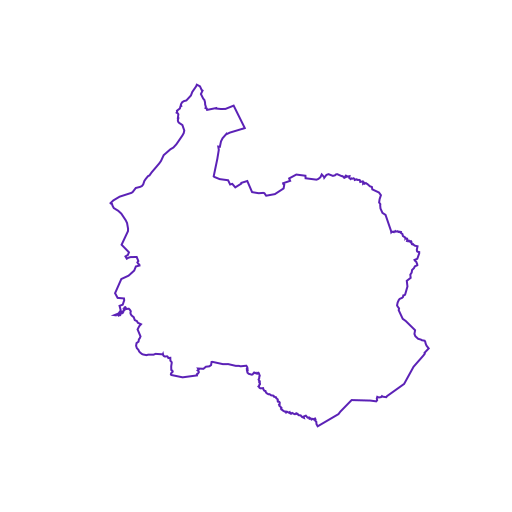 outline of Kalsnavas pag., Madona, Latvia, rotated 158°
{"feature_id": "27541924B10280579441217", "entity_name": "Kalsnavas pag.", "entity_type": "district", "adm_level": 2, "iso_a3": "LVA", "parent_name": "Latvia", "parent_adm1": "Madona", "projection": "orthographic", "projection_center": [25.941, 56.721], "detail": "fine", "context": "isolated", "style": "outline", "palette": "violet", "viewbox_px": 512, "rotation_deg": 158, "n_neighbors": 0, "source": "geoboundaries", "source_scale": "gbopen_adm2", "svg_char_len": 6112}
<svg xmlns="http://www.w3.org/2000/svg" viewBox="0 0 512 512"><g transform="rotate(158 256 256)"><path d="M125.8,281.1L126.5,281.8L126.8,282.5L128.3,282.4L128.3,283.2L129.6,282.9L128.9,284.7L129.0,285.2L131.6,285.6L131.3,287.3L131.6,287.8L133.6,288.6L133.9,289.4L135.9,289.5L135.7,290.3L136.4,291.5L137.5,291.5L138.4,292.2L139.4,291.8L140.3,293.5L139.4,295.0L141.7,295.4L141.9,296.2L142.6,296.9L143.7,296.2L143.5,295.5L144.9,295.4L145.8,297.6L146.6,297.9L150.0,301.4L151.2,301.7L152.6,301.2L154.7,301.5L158.1,304.7L160.3,304.8L163.4,303.0L163.3,303.7L164.5,307.0L166.8,304.9L169.3,304.1L171.3,304.1L180.9,309.5L180.1,311.9L188.1,316.4L196.2,315.5L196.2,312.9L203.6,313.3L203.7,312.3L203.1,311.5L205.1,308.3L215.3,306.3L224.0,308.1L224.7,311.1L225.6,311.8L230.0,313.2L235.7,316.7L236.0,328.8L242.2,329.3L242.6,328.6L249.5,327.4L251.0,331.8L253.2,332.0L253.5,336.7L260.9,340.9L265.0,344.9L265.4,345.7L255.5,360.5L250.7,368.4L250.0,371.6L248.6,370.8L245.5,375.4L242.9,377.7L237.7,380.3L237.7,380.0L233.9,380.2L218.5,378.8L218.5,379.1L220.4,403.8L229.2,403.8L233.4,405.4L237.8,407.7L237.6,408.1L246.6,409.8L246.4,411.2L247.4,412.0L246.6,413.1L246.4,415.5L245.7,417.6L245.4,420.0L246.0,421.7L246.4,426.8L243.6,429.4L244.2,430.3L244.4,434.3L246.7,437.0L248.0,435.7L253.6,432.0L256.2,429.2L262.3,426.3L264.9,426.6L266.9,426.2L268.7,424.8L269.0,424.4L269.1,423.1L269.9,423.2L271.3,421.3L274.9,420.3L275.1,419.2L275.9,418.6L275.1,417.6L274.9,416.5L276.8,413.1L276.4,412.8L277.5,411.4L277.8,410.4L277.8,409.2L277.4,408.2L275.2,405.0L275.5,399.2L277.0,397.0L279.1,395.3L288.0,389.4L292.0,387.5L295.4,387.0L303.8,384.1L308.5,379.7L311.0,378.1L321.5,372.6L324.6,370.6L326.2,370.5L329.3,368.8L331.4,367.4L333.8,364.6L335.6,363.6L337.6,363.5L342.0,364.1L346.4,361.5L347.8,361.2L360.2,362.1L367.4,361.0L371.1,359.5L371.0,359.1L370.0,358.2L370.2,356.5L369.9,353.7L366.8,349.5L365.0,345.7L363.4,337.9L363.2,334.9L364.4,329.2L365.4,327.0L376.4,316.8L372.4,307.0L374.4,305.0L377.2,304.5L376.8,301.9L375.1,302.2L372.8,302.0L367.0,299.8L367.0,295.4L368.4,294.5L368.2,293.2L367.4,291.7L367.6,290.8L371.3,291.3L374.4,288.1L381.5,285.5L389.5,285.1L400.6,274.3L400.0,269.0L394.3,266.1L394.8,264.3L397.8,260.8L401.2,260.9L401.8,256.2L405.0,254.2L409.4,254.2L408.2,253.5L407.8,254.0L406.3,253.4L405.9,252.5L405.3,253.0L404.7,252.1L404.2,252.0L403.9,252.2L404.5,253.2L403.0,253.6L402.2,253.3L402.1,253.9L400.9,253.2L400.3,253.7L400.7,254.3L399.7,254.2L399.3,255.1L398.2,255.1L398.0,255.5L398.2,256.2L397.0,255.9L396.6,256.3L397.2,256.7L397.4,257.3L397.0,257.6L396.3,257.5L396.0,255.4L393.7,254.8L393.1,253.4L392.8,251.7L393.8,250.2L393.9,248.9L393.6,247.4L392.3,245.1L392.4,242.0L390.8,240.2L390.6,238.4L388.2,235.8L390.5,234.7L393.3,232.3L393.2,224.7L394.7,223.2L395.8,222.6L397.0,220.6L399.4,220.0L400.8,217.7L401.0,215.2L400.2,213.2L400.1,211.2L399.6,209.9L398.5,207.9L397.6,207.0L394.7,205.1L392.9,204.9L387.9,202.9L385.8,202.9L379.2,199.7L379.0,199.9L379.2,198.6L378.8,197.6L378.1,196.9L376.0,196.3L375.6,195.6L375.5,194.2L373.6,193.7L374.6,191.0L374.0,189.3L374.1,188.6L375.9,185.6L377.2,182.2L377.2,181.8L376.5,181.0L376.6,179.9L378.7,179.0L379.3,178.1L379.1,177.4L369.5,171.0L355.5,167.4L355.3,168.3L354.6,168.8L353.9,168.7L352.5,169.7L352.4,170.6L353.0,171.8L351.7,172.2L351.9,173.4L347.0,171.1L343.9,172.1L340.6,171.2L338.5,171.7L336.9,174.4L336.1,174.2L327.3,168.2L322.3,166.2L315.9,161.7L313.1,160.6L311.6,159.5L306.1,157.9L305.8,156.3L305.9,155.3L306.8,154.9L306.9,154.5L306.3,154.1L306.6,153.0L307.3,153.0L307.6,151.0L306.9,149.5L304.3,147.5L303.5,147.5L301.5,148.7L301.2,148.6L300.8,147.8L299.8,147.7L299.7,146.9L298.9,146.4L298.0,147.0L297.5,146.9L297.3,146.3L297.4,143.5L298.0,143.1L299.0,141.2L299.9,140.5L299.8,139.0L299.4,138.5L299.7,137.7L300.3,137.7L300.1,136.2L300.4,135.6L301.0,135.5L301.5,134.7L302.6,134.1L302.2,133.3L302.1,132.4L301.4,131.6L298.9,130.8L299.1,129.9L298.9,128.4L298.6,127.8L297.8,127.3L297.9,125.7L297.2,124.3L296.2,123.1L295.2,122.8L294.1,121.1L292.3,120.1L292.0,119.7L292.1,118.9L290.3,117.4L290.5,116.5L289.6,115.0L289.7,114.2L290.2,113.7L290.3,112.8L289.1,112.1L288.9,111.3L289.6,109.7L290.3,109.6L290.4,108.2L289.8,107.4L289.7,106.5L289.3,105.8L290.1,104.9L289.8,104.4L289.8,103.9L289.3,103.7L288.9,102.5L287.6,100.9L286.8,100.7L286.7,99.6L285.6,100.0L284.3,98.5L283.6,98.6L283.8,98.0L283.1,97.1L282.7,97.5L282.2,96.6L281.2,96.9L279.6,95.0L279.0,94.7L277.7,95.1L277.4,94.3L276.6,94.2L276.2,92.5L274.3,91.5L273.7,89.6L272.2,88.0L272.1,88.8L272.3,89.3L269.6,89.3L268.8,87.0L268.4,86.5L267.3,86.5L266.8,85.7L267.2,85.6L267.3,85.0L266.1,84.9L265.8,83.6L264.5,83.8L263.6,82.7L263.0,83.2L262.1,83.2L262.1,82.0L262.7,81.6L262.7,80.8L262.2,79.8L262.9,77.4L262.6,75.0L238.8,78.5L236.1,80.1L221.3,86.6L204.1,79.1L199.0,76.2L197.7,76.9L197.4,78.6L196.3,80.0L195.1,78.8L192.9,78.3L191.7,78.9L191.4,78.2L188.1,76.3L187.0,77.0L166.6,81.9L151.4,94.3L138.1,101.0L136.1,102.2L136.0,103.1L130.5,105.6L131.5,109.1L131.5,111.3L131.2,113.3L131.4,114.3L133.8,115.8L134.4,116.7L136.7,118.5L138.3,121.9L138.3,124.4L136.3,127.6L141.5,139.6L143.5,142.8L144.0,152.3L143.0,153.8L143.6,156.1L143.7,157.4L142.1,159.8L140.1,161.7L138.9,162.4L136.1,162.5L135.0,163.0L134.2,164.3L132.8,164.1L132.1,164.5L127.0,171.0L125.5,176.5L120.8,177.8L119.9,180.9L117.9,182.3L116.5,184.6L114.2,185.5L112.6,186.9L109.9,187.0L109.6,188.0L109.6,190.5L110.5,192.4L110.5,193.0L107.5,193.0L103.7,197.3L103.2,198.5L104.7,199.5L104.9,200.1L104.6,201.5L102.6,204.5L105.0,206.2L105.7,207.5L106.4,208.0L106.2,208.3L107.0,208.7L106.9,209.8L107.2,210.3L106.6,210.7L106.8,211.8L108.1,211.9L108.3,212.6L109.4,212.6L109.5,213.0L109.3,213.3L110.2,213.5L109.9,213.9L109.4,215.4L110.1,215.7L110.6,216.8L110.9,216.6L110.7,217.2L112.3,219.5L112.0,221.5L113.1,223.3L112.7,223.9L113.7,224.3L113.7,224.7L114.9,224.9L114.9,225.4L115.8,225.8L115.8,226.0L117.1,226.2L117.5,226.9L118.1,226.5L119.5,227.1L119.6,226.7L121.1,227.6L121.7,227.3L121.4,228.8L120.5,245.6L122.6,248.6L122.8,253.4L121.9,256.4L121.3,257.5L121.8,259.5L120.1,262.4L117.4,265.6L118.2,268.8L123.2,274.2L122.7,276.6L124.3,278.0L125.8,281.1Z" fill="none" stroke="#5b21b6" stroke-width="2"/></g></svg>